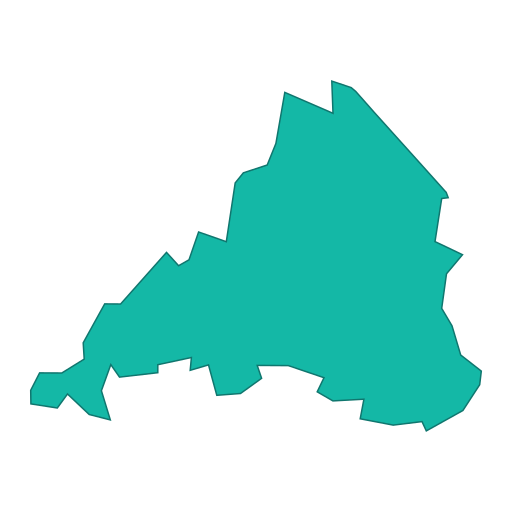 Loudon, Tennessee, United States of America
{"feature_id": "52423323B37878033921945", "entity_name": "Loudon", "entity_type": "district", "adm_level": 2, "iso_a3": "USA", "parent_name": "United States of America", "parent_adm1": "Tennessee", "projection": "robinson", "projection_center": [-84.348, 35.756], "detail": "fine", "context": "isolated", "style": "filled", "palette": "teal", "viewbox_px": 512, "rotation_deg": 0, "n_neighbors": 0, "source": "geoboundaries", "source_scale": "gbopen_adm2", "svg_char_len": 862}
<svg xmlns="http://www.w3.org/2000/svg" viewBox="0 0 512 512"><path d="M351.2,87.6L331.8,81.1L333.0,113.3L284.8,92.4L275.9,143.5L267.2,165.0L243.4,172.8L235.2,182.9L226.3,241.7L198.6,232.0L189.0,259.8L178.6,265.7L166.5,252.4L120.6,304.0L104.7,303.9L83.2,342.8L84.2,359.1L61.8,373.0L39.6,372.9L30.7,390.3L30.9,403.9L57.3,408.0L67.5,394.0L89.2,414.5L110.3,419.9L101.4,390.7L110.8,364.6L119.5,377.1L157.8,372.7L157.8,364.7L191.4,357.5L190.2,370.3L208.5,364.9L216.8,395.3L240.5,393.5L261.6,378.3L257.2,365.4L288.3,365.6L324.0,377.7L317.2,391.8L332.9,400.9L363.9,399.2L360.2,418.8L393.2,425.1L422.0,421.6L426.3,430.9L462.9,410.5L479.7,384.7L481.3,371.1L460.7,355.0L452.0,325.8L441.7,308.4L446.5,273.8L462.5,254.7L435.0,241.6L441.7,198.5L448.2,197.7L446.2,192.4L419.1,162.2L373.8,111.9L355.7,91.4L351.2,87.6Z" fill="#14b8a6" stroke="#0f766e" stroke-width="1.5"/></svg>